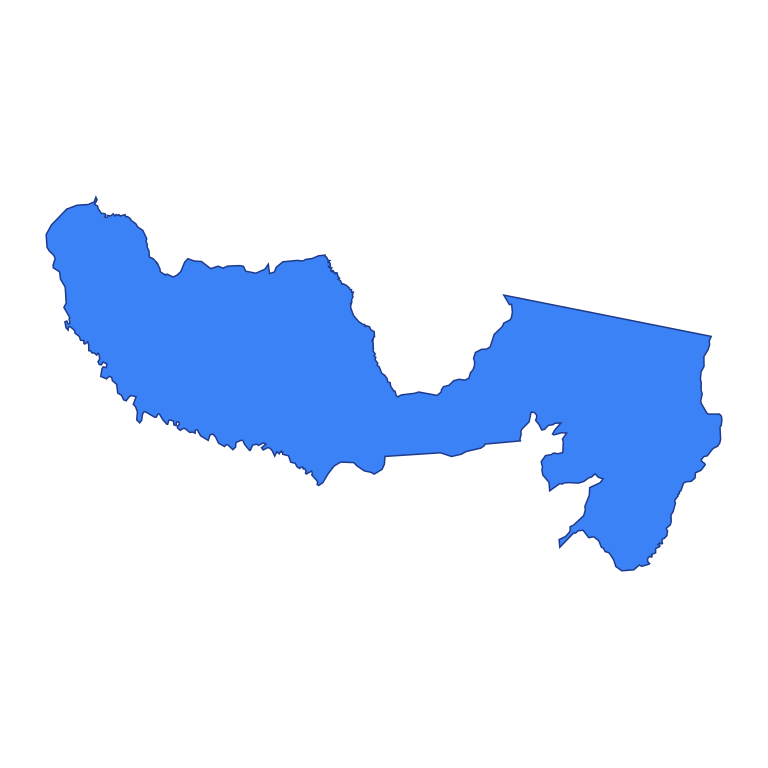 outline of São Félix do Araguaia, Mato Grosso, Brazil
{"feature_id": "56859067B54991290304343", "entity_name": "São Félix do Araguaia", "entity_type": "district", "adm_level": 2, "iso_a3": "BRA", "parent_name": "Brazil", "parent_adm1": "Mato Grosso", "projection": "robinson", "projection_center": [-52.053, -11.478], "detail": "fine", "context": "isolated", "style": "filled", "palette": "blue", "viewbox_px": 768, "rotation_deg": 0, "n_neighbors": 0, "source": "geoboundaries", "source_scale": "gbopen_adm2", "svg_char_len": 6080}
<svg xmlns="http://www.w3.org/2000/svg" viewBox="0 0 768 768"><path d="M719.5,414.1L708.7,414.1L707.0,413.3L701.2,403.3L700.7,400.9L702.2,393.9L701.1,390.2L701.2,382.4L700.4,379.0L701.1,371.8L704.0,366.4L703.9,356.5L708.0,349.9L709.6,344.8L709.3,340.8L711.2,336.4L503.8,295.1L509.4,304.6L511.2,304.2L511.7,305.1L512.4,312.4L511.3,318.0L510.0,319.9L503.7,323.2L502.3,326.6L494.2,334.4L490.2,346.9L486.3,349.2L481.5,349.3L475.4,352.5L473.6,358.5L474.6,361.5L474.5,365.7L472.9,369.9L470.5,372.6L469.0,378.0L465.1,380.1L459.0,379.3L453.7,380.7L449.0,385.3L443.5,386.7L441.5,389.6L441.1,392.1L437.1,395.4L418.7,392.0L414.6,393.3L401.4,394.9L397.8,396.8L396.3,395.9L394.9,391.0L393.8,391.0L390.6,386.1L390.2,382.7L387.7,381.7L387.2,378.9L384.8,375.4L381.7,373.2L379.2,366.8L377.2,365.4L377.7,363.2L375.0,359.6L375.8,357.3L373.9,355.9L375.3,354.2L372.8,350.5L373.4,349.5L373.0,341.9L371.9,341.2L372.4,339.9L372.9,340.6L373.8,336.7L374.5,336.7L374.2,331.7L370.7,329.7L369.6,326.8L366.4,325.8L365.3,326.6L364.7,324.5L362.8,324.4L358.6,321.5L353.6,315.6L350.9,308.4L350.6,305.3L351.4,303.9L350.6,303.4L351.9,302.1L351.5,300.0L353.0,296.6L352.4,295.2L353.3,292.1L351.6,292.3L351.5,289.6L350.0,289.7L349.2,287.8L346.1,285.2L343.1,283.8L342.2,284.3L340.4,280.7L338.1,279.1L339.5,278.2L337.9,276.5L337.1,272.9L335.4,272.8L334.8,273.7L333.3,270.8L332.5,270.6L332.1,271.8L330.7,270.9L331.7,267.6L329.1,267.6L328.5,266.3L330.1,266.6L330.3,265.7L330.2,263.5L329.4,262.4L328.1,262.6L328.1,261.5L329.7,260.6L327.9,260.0L326.5,257.1L325.0,256.5L325.1,255.1L318.6,255.8L311.9,258.6L306.0,259.3L302.8,261.0L297.4,260.4L282.9,261.8L276.3,267.2L274.4,272.0L269.5,273.6L268.3,264.2L264.9,269.2L255.9,273.2L245.7,271.2L243.4,266.3L239.7,265.6L227.6,266.1L223.0,268.1L218.1,266.2L210.7,268.6L201.5,261.5L194.2,261.0L187.9,258.7L184.7,262.1L180.8,271.6L177.1,275.1L173.2,277.0L167.5,274.3L166.0,274.3L165.6,275.2L160.3,271.8L159.9,268.7L157.3,263.2L156.6,263.4L156.6,262.4L153.0,258.6L149.4,257.1L148.9,250.7L147.1,247.2L147.2,244.0L146.0,241.6L146.7,238.7L142.9,230.5L137.4,226.7L136.1,224.1L130.6,219.9L130.5,218.8L127.7,216.7L125.9,216.7L125.0,214.6L120.4,216.0L118.9,214.7L118.1,215.5L116.2,214.5L114.8,216.0L113.2,213.8L110.6,216.0L107.9,215.3L107.2,217.4L105.3,217.3L104.6,216.5L105.9,215.3L105.0,213.7L101.3,213.3L98.1,208.5L97.6,206.1L94.6,204.4L97.1,199.8L95.9,197.2L94.2,201.8L88.3,204.5L77.1,205.2L66.7,209.1L51.4,225.0L46.1,234.7L47.1,247.5L49.4,251.1L53.8,255.3L55.2,258.4L53.1,265.0L53.3,267.8L59.6,271.9L60.5,279.2L65.2,287.1L66.2,303.1L63.9,307.4L69.8,317.7L69.1,318.7L69.9,323.1L69.1,323.9L67.9,323.7L66.9,321.0L64.9,321.8L66.0,327.8L68.1,330.1L68.5,327.1L70.3,326.7L74.6,330.5L75.1,333.3L79.2,336.3L80.6,340.3L83.9,340.5L83.9,343.5L84.9,344.0L87.7,341.8L88.7,344.9L88.8,350.7L90.7,350.9L91.9,352.9L94.1,352.9L96.7,355.1L97.9,353.3L98.7,353.5L99.8,358.7L98.0,361.7L99.3,364.5L101.4,364.8L103.1,362.1L106.6,363.8L106.9,364.7L106.1,367.6L103.2,366.9L102.1,368.3L100.7,376.4L106.6,378.9L109.1,376.3L111.7,377.5L112.4,380.7L116.7,384.4L117.7,393.0L121.5,395.3L123.6,399.8L126.2,400.8L129.1,396.8L131.4,395.5L136.1,396.8L133.3,404.4L135.5,406.6L137.4,411.8L136.7,419.9L139.7,422.9L141.7,420.3L142.5,414.2L143.7,412.2L145.2,411.7L154.7,417.2L156.0,417.3L158.2,413.9L159.5,414.0L162.7,419.6L167.0,424.4L167.8,424.1L168.7,420.5L170.1,419.9L173.5,421.2L173.9,424.9L176.3,425.6L176.4,422.1L178.9,422.1L179.4,424.3L177.7,426.0L177.4,427.9L180.3,430.4L182.9,428.5L185.0,428.5L189.7,432.4L192.6,432.1L195.2,433.1L195.1,430.3L197.2,429.7L200.6,435.8L208.2,440.4L210.0,434.8L212.7,434.0L215.5,436.8L218.5,443.1L224.5,446.5L226.5,444.5L228.1,445.1L232.9,449.7L235.6,447.1L236.0,442.5L241.1,440.3L242.8,440.4L244.7,444.5L249.5,450.4L250.4,450.2L252.6,445.2L256.4,444.1L258.6,445.4L263.5,442.8L265.9,444.3L261.5,447.7L263.2,450.0L267.7,447.6L270.1,448.3L272.3,450.9L274.7,456.1L276.7,451.9L279.3,453.8L280.3,451.6L281.6,451.2L281.5,452.2L282.8,452.4L282.7,454.3L288.6,455.8L290.7,462.2L295.2,463.3L297.0,466.7L299.7,468.5L301.4,467.0L302.6,467.2L303.3,468.9L303.9,468.4L305.2,469.4L306.0,471.0L305.5,473.2L306.4,474.0L311.6,471.1L312.4,473.5L311.7,474.9L316.2,479.8L317.7,482.1L317.1,484.6L318.7,485.4L322.9,482.6L327.9,474.1L334.1,466.0L340.7,462.1L353.9,462.6L356.7,465.7L364.3,470.9L370.6,472.2L374.3,474.1L382.1,469.3L384.4,464.1L385.0,456.4L440.5,452.8L451.6,456.5L461.4,454.2L466.2,451.5L480.6,448.2L484.0,446.0L485.0,444.1L520.4,440.9L519.9,439.4L521.2,433.9L520.8,431.5L522.0,429.0L529.1,421.9L531.1,412.1L534.5,412.5L536.8,415.4L536.4,418.8L535.6,419.7L536.0,420.9L539.1,424.6L541.7,430.0L544.6,429.4L548.3,425.4L553.2,424.6L555.0,423.2L560.9,423.0L554.8,430.0L552.5,434.1L554.0,434.9L561.7,432.7L566.6,433.1L562.4,439.1L563.3,441.6L562.8,452.5L557.8,453.8L554.0,453.0L551.2,454.6L545.5,455.6L541.2,461.7L542.5,467.3L541.9,469.4L542.8,475.0L549.0,482.3L549.7,490.8L559.6,483.7L562.3,484.0L563.9,483.0L569.1,482.6L578.4,483.1L583.8,481.5L588.9,477.7L591.5,477.1L595.0,473.8L598.5,477.4L603.0,478.8L600.2,482.7L589.7,487.6L589.3,495.2L584.9,506.3L585.3,510.1L583.7,515.6L573.7,525.0L570.1,526.8L570.2,530.3L569.2,532.5L565.5,536.5L559.1,539.6L559.8,547.3L573.3,533.3L575.7,533.0L577.8,530.9L583.0,530.2L588.8,537.7L593.8,536.8L598.9,540.9L601.3,547.1L603.5,548.3L605.2,551.6L608.7,552.6L610.6,555.0L613.8,560.1L615.8,566.5L621.8,570.8L633.8,569.8L639.3,565.0L641.7,566.3L649.0,564.2L649.6,563.6L647.8,561.7L647.5,559.7L648.2,557.6L649.7,556.4L651.5,557.1L652.2,556.1L651.5,554.4L655.6,552.9L655.6,548.5L659.7,546.6L659.8,545.1L658.1,544.6L659.4,543.0L661.8,543.9L662.5,543.3L661.9,541.1L662.6,538.8L664.3,538.4L666.9,535.6L667.5,530.7L666.4,529.5L666.5,528.1L670.3,524.9L671.2,521.5L671.0,515.1L673.1,511.6L675.4,503.3L674.7,500.3L678.1,495.9L677.8,494.5L679.5,493.5L679.3,491.6L680.9,490.8L683.4,483.4L685.5,481.9L691.3,481.3L695.0,478.0L695.5,472.8L701.0,470.3L705.2,464.8L704.7,463.5L701.2,461.0L701.8,459.0L703.8,456.6L707.3,455.8L712.9,448.6L717.6,446.2L719.8,442.9L720.6,439.2L720.0,427.1L721.2,425.5L721.9,419.9L721.4,416.2L719.5,414.1Z" fill="#3b82f6" stroke="#1e3a8a" stroke-width="1.5"/></svg>